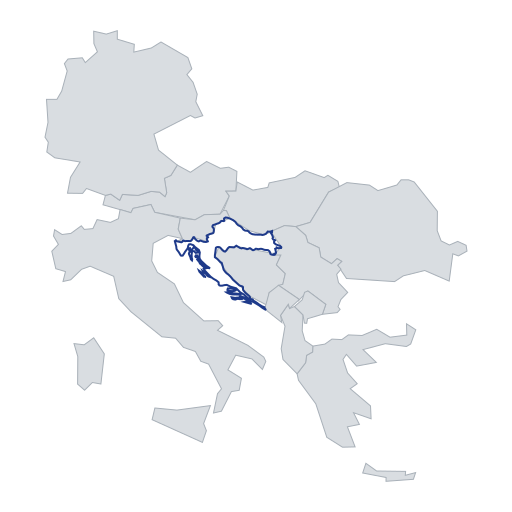 Croatia shown with its bordering countries
{"feature_id": "HRV", "entity_name": "Croatia", "entity_type": "country or territory", "adm_level": 0, "iso_a3": "HRV", "parent_name": "Europe", "parent_adm1": "", "projection": "robinson", "projection_center": [16.337, 44.484], "detail": "fine", "context": "with_neighbors", "style": "outline", "palette": "blue", "viewbox_px": 512, "rotation_deg": 0, "n_neighbors": 12, "source": "natural_earth", "source_scale": "50m", "svg_char_len": 9625}
<svg xmlns="http://www.w3.org/2000/svg" viewBox="0 0 512 512"><path d="M236.9,171.4L235.9,191.1L225.9,191.2L229.3,196.0L220.0,214.2L204.3,214.7L195.1,219.8L154.7,212.3L150.9,204.5L133.1,208.4L130.9,212.7L103.0,204.8L105.4,195.4L110.8,194.1L119.7,200.3L122.4,194.4L138.1,195.4L151.0,191.4L159.5,192.1L165.0,196.6L166.7,192.8L164.4,178.3L170.9,175.4L177.3,165.1L190.4,172.3L206.6,161.5L220.4,168.3L228.7,167.2L236.9,171.4Z" fill="#d9dde1" stroke="#a8b0b8" stroke-width="1"/><path d="M327.9,175.3L337.9,181.4L339.4,187.4L328.6,192.1L310.1,222.4L295.8,226.6L284.5,225.6L264.1,234.9L249.1,230.6L229.9,218.2L226.4,210.7L223.4,210.4L229.3,196.0L225.9,191.2L235.9,191.1L237.2,182.0L252.9,190.1L267.8,187.4L269.2,182.9L295.1,177.4L305.0,170.8L324.2,177.6L327.9,175.3Z" fill="#d9dde1" stroke="#a8b0b8" stroke-width="1"/><path d="M441.1,240.9L449.4,245.0L457.7,241.4L466.1,245.3L467.0,251.1L458.4,255.9L452.8,253.8L449.2,281.1L424.7,270.5L403.4,275.8L394.6,281.6L346.5,278.5L337.6,265.2L341.7,261.4L337.1,258.6L331.5,263.7L320.8,257.1L319.1,247.8L307.9,242.5L305.7,235.4L295.8,226.6L310.1,222.4L328.6,192.1L346.9,182.6L369.4,185.1L377.9,190.6L396.9,185.0L401.1,179.8L408.6,179.8L414.2,182.0L437.4,211.3L437.2,230.7L441.1,240.9Z" fill="#d9dde1" stroke="#a8b0b8" stroke-width="1"/><path d="M187.9,57.6L191.8,68.8L186.9,74.6L193.1,82.4L197.2,94.2L195.8,101.7L202.8,115.7L195.0,118.0L190.4,115.5L153.9,134.1L158.5,150.1L177.3,165.1L170.9,175.4L164.4,178.3L166.7,192.8L165.0,196.6L159.5,192.1L151.0,191.4L138.1,195.4L122.4,194.4L119.7,200.3L110.8,194.1L105.4,195.4L86.5,188.5L82.6,193.4L67.5,193.2L70.5,177.3L80.1,162.0L54.8,157.8L46.8,152.0L48.3,142.2L45.0,137.2L48.0,122.4L46.5,99.4L56.9,99.4L61.7,91.1L67.2,71.0L64.4,63.6L68.0,59.0L82.3,57.8L85.3,62.6L97.4,51.8L93.9,43.6L93.7,31.2L106.3,34.1L117.3,30.7L117.3,39.2L134.3,44.3L133.8,52.1L151.3,48.0L161.0,42.0L187.9,57.6Z" fill="#d9dde1" stroke="#a8b0b8" stroke-width="1"/><path d="M415.6,472.6L413.4,479.3L386.0,481.3L386.1,477.5L362.7,473.0L365.9,463.3L376.6,471.0L405.6,471.4L405.3,475.3L415.6,472.6ZM348.4,334.9L362.1,335.5L376.7,329.3L390.0,337.2L406.8,335.1L406.5,323.8L415.8,329.8L410.7,344.0L406.4,346.5L385.3,343.7L363.0,349.6L376.3,362.4L356.6,366.1L346.4,354.4L343.0,359.4L347.6,373.0L357.2,383.7L350.2,388.7L370.5,405.9L371.1,418.8L353.5,412.7L359.4,424.4L347.4,426.8L355.1,446.9L342.5,447.2L326.8,437.3L315.8,403.8L298.5,380.3L297.1,373.8L305.6,362.7L306.6,355.3L312.6,352.0L312.8,346.1L324.9,344.1L331.9,339.1L341.9,339.6L348.4,334.9Z" fill="#d9dde1" stroke="#a8b0b8" stroke-width="1"/><path d="M312.8,346.1L312.6,352.0L306.6,355.3L305.6,362.7L297.1,373.8L283.0,359.5L281.2,348.7L285.0,326.2L280.5,315.4L288.3,304.2L289.6,308.5L294.5,306.5L303.0,314.9L302.2,330.8L305.0,340.6L312.8,346.1Z" fill="#d9dde1" stroke="#a8b0b8" stroke-width="1"/><path d="M120.1,209.5L130.9,212.7L133.1,208.4L150.9,204.5L154.7,212.3L180.3,218.1L178.2,229.1L182.4,238.6L168.1,235.4L153.2,243.3L151.7,260.9L157.4,272.4L174.4,283.9L183.4,302.6L203.8,320.9L218.2,320.7L222.7,325.7L217.5,330.3L247.8,345.3L263.8,357.1L265.8,361.4L262.4,369.5L251.9,358.9L235.7,355.2L227.9,369.9L241.4,378.3L239.2,390.3L231.4,391.6L221.4,411.2L213.5,413.0L217.5,393.7L221.5,388.8L208.6,364.1L200.8,361.3L195.4,351.5L183.5,347.4L175.6,338.2L161.9,336.8L131.0,311.8L118.8,298.7L113.7,276.3L90.1,266.2L81.6,269.3L70.7,279.8L63.0,281.5L65.5,271.6L55.8,268.7L51.8,251.2L58.4,244.4L53.5,236.0L54.6,229.7L62.1,234.5L70.9,233.4L81.3,225.8L84.3,229.4L92.9,228.6L97.1,219.6L110.4,222.4L118.4,218.7L120.1,209.5ZM176.9,410.1L210.4,405.6L203.6,423.6L206.4,430.7L202.4,442.4L152.1,419.7L154.9,408.0L176.9,410.1ZM84.2,344.8L93.7,337.8L104.3,353.9L100.9,384.0L92.4,382.5L84.6,390.2L77.6,384.1L77.8,356.6L74.0,343.6L84.2,344.8Z" fill="#d9dde1" stroke="#a8b0b8" stroke-width="1"/><path d="M180.3,218.1L195.1,219.8L204.3,214.7L220.0,214.2L223.4,210.4L226.4,210.7L229.9,218.2L215.6,224.1L213.8,233.2L207.5,235.5L207.5,241.7L194.3,237.6L191.0,241.4L178.4,240.7L182.4,238.6L178.2,229.1L180.3,218.1Z" fill="#d9dde1" stroke="#a8b0b8" stroke-width="1"/><path d="M266.7,305.1L250.4,296.5L228.0,273.6L215.1,256.0L219.0,246.6L225.5,251.8L229.4,247.1L237.9,246.6L280.9,255.0L276.4,264.9L285.3,273.6L282.8,284.3L269.2,292.6L266.7,305.1Z" fill="#d9dde1" stroke="#a8b0b8" stroke-width="1"/><path d="M270.8,231.5L284.5,225.6L295.8,226.6L305.7,235.4L307.9,242.5L319.1,247.8L320.8,257.1L331.5,263.7L337.1,258.6L341.7,261.4L337.6,265.2L341.0,269.2L336.7,274.3L338.5,282.6L347.7,292.4L340.9,299.5L338.0,306.7L340.1,309.4L337.2,312.6L322.4,314.3L325.8,304.4L307.9,291.0L297.8,301.4L299.3,299.5L278.5,285.3L282.8,284.3L285.3,273.6L276.4,264.9L280.9,255.0L274.3,255.0L281.1,246.6L270.8,231.5Z" fill="#d9dde1" stroke="#a8b0b8" stroke-width="1"/><path d="M299.3,299.5L289.6,308.5L288.3,304.2L280.5,315.4L281.9,322.6L264.7,309.0L269.2,292.6L278.5,285.3L299.3,299.5Z" fill="#d9dde1" stroke="#a8b0b8" stroke-width="1"/><path d="M304.4,323.1L303.0,314.9L294.5,306.5L302.2,299.8L304.6,292.3L307.9,291.0L325.8,304.4L322.4,314.3L307.5,318.7L306.7,323.3L304.4,323.1Z" fill="#d9dde1" stroke="#a8b0b8" stroke-width="1"/><path d="M175.9,240.3L176.6,241.2L181.3,242.3L182.3,241.8L183.0,241.0L183.0,240.6L183.4,240.5L185.1,241.2L186.4,241.0L188.6,241.0L190.2,241.1L191.3,240.5L192.7,238.5L193.2,237.4L193.8,237.1L194.3,237.3L194.6,238.2L195.3,239.1L196.8,240.5L197.9,241.1L198.8,241.4L199.8,240.8L200.8,240.7L203.6,241.8L206.0,242.0L207.8,241.4L207.5,240.6L206.9,239.7L206.8,238.9L206.9,238.1L208.1,237.4L208.0,237.1L206.6,235.8L206.7,235.5L209.9,234.0L212.9,233.2L213.4,232.6L213.7,231.6L213.9,229.8L213.7,228.4L212.5,227.0L212.4,226.3L212.7,225.6L213.2,225.0L214.4,224.7L215.9,224.2L217.0,223.7L218.5,223.3L219.8,222.6L220.9,221.2L221.7,220.9L223.8,221.1L224.3,220.8L224.0,218.7L224.4,218.1L225.2,217.8L225.5,217.5L227.4,217.7L229.0,218.3L230.0,218.6L233.2,220.2L235.4,221.9L236.7,223.8L238.3,225.3L240.4,226.3L242.1,227.8L243.4,229.6L245.1,230.6L247.3,230.8L248.7,231.4L249.3,232.4L250.5,233.3L252.4,234.2L255.2,234.6L260.6,234.7L261.1,234.7L262.3,235.0L263.7,234.7L265.5,234.0L266.0,233.7L267.8,231.5L268.8,231.7L270.8,231.5L272.1,231.0L272.1,231.5L272.0,232.5L271.0,233.2L272.0,234.7L273.0,237.2L272.5,238.4L273.1,239.4L275.0,240.1L275.1,240.3L274.6,240.6L274.1,241.4L274.1,242.9L275.7,244.3L279.0,245.6L280.0,245.8L280.4,246.4L281.0,246.7L281.3,247.1L281.3,247.6L281.1,248.0L279.6,248.1L277.8,248.1L276.6,247.5L276.5,247.9L276.4,248.5L275.2,248.8L276.0,252.4L275.7,253.5L275.3,253.9L274.8,253.7L274.3,253.7L274.1,254.0L274.3,254.8L273.1,254.9L271.2,254.5L270.3,253.8L270.2,253.0L270.1,252.4L269.5,251.3L268.0,250.1L264.8,249.9L263.7,249.6L262.5,249.1L261.1,248.8L259.9,248.9L258.5,249.2L255.9,248.7L255.0,249.3L253.7,250.1L252.6,250.1L250.3,248.3L249.7,248.2L247.7,249.1L246.9,249.2L246.3,248.9L243.7,248.2L242.5,248.0L241.6,248.4L240.1,248.0L236.3,245.7L234.0,247.4L229.3,247.0L227.9,248.2L226.3,250.5L225.0,251.6L223.9,251.3L222.5,250.2L220.2,247.6L219.0,247.1L217.7,247.0L216.5,247.3L215.9,247.8L215.4,251.7L214.9,255.1L214.9,257.2L217.5,259.1L220.6,262.3L221.6,262.7L222.0,263.8L222.8,266.5L223.6,269.6L225.1,271.7L226.5,273.2L228.3,274.5L230.4,276.5L232.2,278.7L232.7,279.5L236.1,282.5L239.5,285.5L242.5,286.5L243.0,287.1L243.0,289.4L243.3,290.3L245.3,292.7L249.4,296.2L249.9,297.0L250.1,297.6L249.8,298.1L248.7,298.6L247.8,298.0L244.0,294.6L240.3,292.4L236.2,288.3L230.6,286.7L226.8,284.9L224.6,285.1L222.0,285.7L220.5,285.7L219.4,285.4L218.6,284.3L218.7,283.4L218.6,282.3L216.4,280.5L213.4,278.8L210.5,276.6L204.8,270.6L203.7,268.7L204.8,268.3L205.7,268.4L206.6,268.0L208.2,268.0L210.0,268.3L208.4,267.1L206.4,265.8L201.1,260.8L199.6,258.5L199.4,256.0L199.8,252.5L198.9,250.0L194.9,246.9L193.4,245.2L190.5,244.2L189.1,244.3L188.3,245.5L187.7,248.3L185.0,251.9L184.1,253.5L182.7,255.6L181.5,255.7L180.8,255.5L178.7,252.0L176.7,249.4L176.4,248.2L176.3,246.7L174.8,241.1L175.9,240.3ZM264.4,307.2L264.5,308.0L265.2,308.9L266.0,310.0L262.5,307.9L259.3,305.5L253.1,301.8L248.7,300.9L242.7,297.9L238.8,296.8L240.3,296.6L242.0,296.6L251.3,300.6L250.2,299.5L251.6,299.1L252.7,299.4L253.4,300.7L254.9,301.5L257.2,303.0L258.7,304.2L262.0,306.3L262.8,306.6L264.4,307.2ZM192.2,259.6L192.0,260.4L190.9,259.3L190.4,257.3L189.0,254.1L188.9,253.2L189.6,252.3L189.6,251.4L188.6,248.6L189.4,248.2L189.9,248.1L190.1,250.0L190.5,251.1L191.9,252.5L191.6,254.8L191.8,258.1L192.1,258.8L192.2,259.6ZM198.1,252.4L195.8,252.9L194.8,252.0L194.5,251.3L192.7,251.1L191.6,250.1L191.4,249.6L192.9,248.6L193.8,246.8L194.9,247.9L196.1,249.8L196.8,250.4L198.1,252.4ZM234.0,291.0L231.1,291.1L228.6,290.7L227.4,290.0L227.5,289.4L227.9,288.4L230.7,288.5L234.9,289.2L236.0,290.0L235.6,290.4L234.0,291.0ZM241.5,294.3L240.2,294.6L232.1,294.4L229.7,293.9L227.1,292.7L226.5,292.3L229.2,292.0L231.7,292.3L232.4,293.2L239.1,293.9L241.5,294.3ZM204.9,266.9L204.4,267.5L203.2,266.4L202.2,265.6L201.4,264.7L199.9,263.5L199.4,262.2L197.1,259.4L196.8,258.7L197.9,259.8L198.9,260.5L199.6,260.7L201.6,262.4L203.5,264.6L205.8,266.6L205.3,266.6L204.9,266.9ZM231.6,297.3L235.0,297.9L237.4,297.6L239.7,298.0L241.1,298.7L241.4,299.1L239.6,299.1L237.6,298.8L235.2,299.6L233.2,299.2L232.4,298.7L231.9,298.1L231.6,297.3ZM204.8,276.3L205.1,276.6L205.1,276.8L204.1,276.5L203.9,276.6L199.4,271.7L199.0,270.7L200.6,271.9L204.8,276.3ZM198.4,257.3L198.9,258.3L197.2,257.4L195.7,257.1L195.3,256.4L195.6,255.8L195.9,255.3L197.1,255.4L197.2,255.9L198.4,257.3ZM249.2,302.4L251.7,304.0L244.3,301.9L245.1,301.7L245.9,301.7L249.2,302.4ZM208.2,275.1L209.4,276.8L208.2,276.4L207.0,275.4L206.3,274.3L208.2,275.1ZM205.6,273.1L205.9,273.9L203.6,272.4L202.8,271.4L202.6,270.9L205.6,273.1Z" fill="none" stroke="#1e3a8a" stroke-width="2"/></svg>